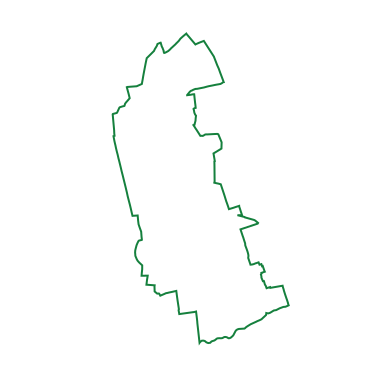 Bors, Bihor, Romania (orthographic projection), rotated 331°
{"feature_id": "2599482B42133295911926", "entity_name": "Bors", "entity_type": "district", "adm_level": 2, "iso_a3": "ROU", "parent_name": "Romania", "parent_adm1": "Bihor", "projection": "orthographic", "projection_center": [21.836, 47.134], "detail": "fine", "context": "isolated", "style": "outline", "palette": "green", "viewbox_px": 384, "rotation_deg": 331, "n_neighbors": 0, "source": "geoboundaries", "source_scale": "gbopen_adm2", "svg_char_len": 5734}
<svg xmlns="http://www.w3.org/2000/svg" viewBox="0 0 384 384"><g transform="rotate(331 192 192)"><path d="M221.6,338.0L221.9,336.2L222.1,335.8L222.9,331.8L222.9,331.5L223.8,326.6L224.6,322.7L224.9,321.7L225.4,319.2L225.5,318.9L225.8,317.9L214.0,313.8L214.2,313.0L210.6,312.3L210.7,311.5L211.0,310.2L210.9,308.3L211.1,307.4L211.6,305.3L211.7,304.9L211.7,304.7L210.8,304.4L210.8,304.1L210.9,303.4L211.1,301.3L211.2,300.7L211.4,300.1L211.5,300.0L211.6,299.9L212.0,298.8L212.3,297.5L213.4,297.0L213.5,296.4L214.1,296.5L217.0,297.0L217.0,296.7L218.0,291.0L217.3,290.9L217.4,290.5L217.4,290.2L217.5,289.9L217.7,288.7L216.8,288.5L215.8,288.3L216.1,285.8L213.7,285.4L213.1,285.2L211.0,285.0L209.2,284.5L207.9,283.9L208.1,283.0L209.2,276.9L210.2,275.5L210.7,274.6L211.2,273.0L211.7,270.9L212.1,268.6L212.7,264.6L212.9,264.1L213.6,262.6L213.7,262.0L213.9,260.9L214.2,259.4L214.8,256.5L215.0,255.1L216.3,248.2L234.1,251.5L234.8,251.1L234.3,249.8L233.9,248.8L233.4,247.6L233.1,247.0L232.7,246.5L232.1,245.9L225.9,239.8L225.9,239.4L220.5,234.3L224.5,236.6L224.9,234.6L225.3,232.4L225.8,230.0L226.2,227.7L226.5,227.0L223.0,226.3L221.2,226.0L219.7,225.7L216.0,224.9L216.6,221.9L217.2,218.4L217.4,217.0L218.8,210.3L220.9,199.2L219.4,197.7L218.5,196.9L218.1,196.6L216.0,194.7L216.2,194.4L216.4,194.4L216.6,194.3L217.4,192.8L224.5,179.7L226.4,176.1L226.6,176.1L226.9,176.1L228.2,172.4L229.5,168.7L238.8,168.3L242.0,162.9L243.0,154.3L242.5,153.6L241.2,152.9L233.2,149.0L232.4,148.5L231.4,148.1L229.5,148.2L229.0,148.2L228.5,148.1L228.4,148.0L228.3,147.9L227.3,147.3L226.6,147.0L226.5,146.9L226.4,144.4L226.3,143.0L226.2,141.4L226.1,139.8L225.9,137.8L225.9,137.0L225.7,134.2L226.9,134.3L227.0,133.9L227.8,133.3L228.9,132.1L229.6,131.4L230.1,130.6L231.1,129.1L232.5,127.2L232.3,125.7L232.5,123.8L233.3,121.5L233.6,120.1L234.6,119.9L235.2,120.0L236.0,120.2L236.9,118.1L237.5,116.7L237.7,116.1L239.7,111.3L241.3,107.6L240.4,107.1L237.7,106.2L234.7,105.0L234.8,104.8L238.2,103.5L238.5,103.3L240.2,103.0L241.1,103.2L242.6,103.2L242.8,103.2L243.4,103.3L244.2,103.4L244.9,103.5L245.8,103.9L246.6,104.3L247.9,104.7L253.2,106.4L256.2,107.1L258.0,107.6L261.7,108.8L264.0,109.5L265.5,110.0L266.1,110.2L267.2,110.6L268.7,111.1L269.3,111.3L269.7,111.3L270.4,111.3L271.1,111.3L271.6,111.2L272.5,111.1L272.8,111.1L273.0,111.2L273.1,110.6L273.2,110.1L273.4,108.8L274.5,101.3L275.1,97.7L275.2,97.1L275.5,93.5L276.7,84.7L276.8,84.3L275.6,65.6L271.3,65.0L270.9,65.0L270.6,64.9L270.0,64.9L269.8,64.9L269.7,64.8L267.9,64.7L267.0,64.6L266.5,64.6L266.0,62.0L265.3,58.5L264.6,54.9L264.1,52.6L263.8,50.8L263.8,50.7L261.1,51.2L259.1,51.6L257.0,52.1L256.5,52.2L255.9,52.4L255.3,52.7L254.6,53.0L254.3,53.2L253.1,53.6L252.8,53.7L252.4,53.8L251.1,54.2L250.2,54.4L249.5,54.7L248.7,54.9L247.9,55.1L246.6,55.4L245.0,55.8L243.6,56.1L242.1,56.6L241.8,56.7L240.9,56.9L239.5,57.2L239.0,57.2L237.7,57.2L237.3,57.2L235.7,57.1L235.1,56.9L235.2,55.6L235.6,55.0L235.7,54.5L236.0,52.1L236.1,51.6L236.1,51.0L236.1,50.8L236.1,50.1L236.4,48.9L236.5,48.5L236.5,48.3L236.6,47.9L236.7,47.4L237.0,46.2L236.8,46.1L235.6,46.0L233.6,45.8L232.0,47.2L228.6,49.1L227.2,50.2L222.3,51.6L217.3,53.0L214.5,56.2L210.9,60.5L207.4,64.7L204.8,67.9L203.7,69.3L200.5,73.2L194.9,72.7L186.2,68.7L185.8,68.7L184.1,75.6L183.1,79.3L182.9,79.8L181.8,80.2L177.4,81.8L176.2,82.4L174.7,83.9L174.3,83.9L173.0,83.5L170.1,82.9L169.4,83.0L164.9,86.3L164.2,86.3L160.7,85.4L160.3,85.6L156.9,93.3L153.8,100.3L152.3,103.3L151.5,105.3L150.4,105.1L148.8,110.0L148.1,112.4L147.7,113.9L146.8,116.8L145.8,120.4L145.1,123.2L144.1,126.6L143.2,130.1L141.5,136.3L140.5,139.8L139.6,143.3L138.9,145.9L137.6,150.7L136.3,155.5L134.8,160.9L133.7,164.5L132.5,169.1L131.5,173.0L130.5,176.6L129.2,181.1L128.4,184.0L133.1,186.2L131.0,190.9L129.6,194.4L129.0,197.7L128.3,202.1L126.3,206.4L125.1,209.3L124.8,209.6L122.2,208.8L121.3,209.0L119.6,210.2L117.7,211.7L115.2,214.3L114.1,215.5L112.8,217.5L112.4,218.5L111.5,220.4L111.1,223.9L111.1,225.7L111.6,228.0L112.9,232.0L111.0,235.4L109.1,238.1L107.3,240.8L112.7,243.7L110.1,247.0L107.2,251.0L114.1,255.5L113.3,256.6L111.1,260.9L112.3,264.0L113.8,264.7L114.0,265.0L114.0,267.3L118.7,267.8L119.4,267.8L120.2,267.9L121.1,268.2L122.0,268.5L122.9,268.7L125.8,269.6L130.3,270.9L128.8,274.7L126.9,279.6L123.7,288.2L123.0,288.8L121.7,292.6L127.4,294.8L134.9,297.7L135.6,298.0L136.0,298.1L137.6,298.5L134.9,305.2L134.1,307.1L133.9,307.6L133.1,309.3L125.5,327.5L125.7,327.4L126.4,327.2L127.1,327.0L127.7,326.9L128.1,326.8L128.4,326.8L128.6,326.9L128.9,327.0L129.3,327.2L129.6,327.4L130.2,327.7L130.6,328.2L131.0,328.7L131.2,329.0L131.3,329.5L131.5,329.9L131.6,330.3L131.8,330.6L132.2,331.1L132.7,331.7L132.9,331.9L133.0,332.0L133.8,332.3L134.3,332.5L134.6,332.6L134.9,332.7L135.2,332.6L135.5,332.5L136.1,332.3L136.4,332.2L136.7,332.2L137.0,332.2L137.5,332.3L138.6,332.5L139.5,332.7L140.0,332.7L140.8,332.6L141.5,332.5L141.9,332.4L142.2,332.3L142.4,332.3L142.8,332.3L143.1,332.3L143.5,332.4L144.1,332.7L144.6,332.9L145.2,333.2L146.3,333.9L146.7,334.1L147.0,334.2L147.5,334.4L147.8,334.5L148.2,334.5L149.1,334.5L149.5,334.5L149.8,334.5L150.1,334.6L150.4,334.7L150.8,334.9L151.1,335.1L151.5,335.4L151.7,335.6L152.0,335.9L152.2,336.2L152.4,336.5L152.6,336.8L152.7,337.1L152.8,337.2L153.0,337.5L153.3,337.8L153.9,338.0L154.3,338.1L155.2,338.2L157.2,337.8L157.9,337.6L158.5,337.4L159.1,337.1L159.8,336.6L162.7,334.7L163.8,334.3L165.1,334.2L166.6,334.5L171.7,336.9L172.5,336.8L173.5,336.5L175.2,336.3L179.1,336.1L185.5,336.6L186.3,336.6L189.0,336.9L191.1,337.0L193.0,336.5L195.1,336.0L197.1,335.5L197.6,334.9L197.9,334.5L198.3,333.9L198.6,334.2L200.0,335.2L201.8,335.5L206.1,335.3L208.4,336.1L212.2,336.2L216.1,336.8L216.4,336.9L218.2,337.7L219.2,337.8L221.6,338.0Z" fill="none" stroke="#15803d" stroke-width="2"/></g></svg>